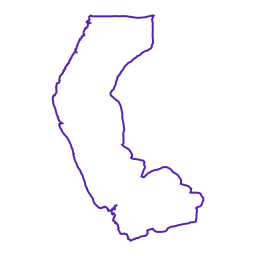 the district of West Tanna, Tafea, Vanuatu
{"feature_id": "77236927B19394632379581", "entity_name": "West Tanna", "entity_type": "district", "adm_level": 2, "iso_a3": "VUT", "parent_name": "Vanuatu", "parent_adm1": "Tafea", "projection": "orthographic", "projection_center": [169.261, -19.471], "detail": "fine", "context": "isolated", "style": "outline", "palette": "violet", "viewbox_px": 256, "rotation_deg": 0, "n_neighbors": 0, "source": "geoboundaries", "source_scale": "gbopen_adm2", "svg_char_len": 5684}
<svg xmlns="http://www.w3.org/2000/svg" viewBox="0 0 256 256"><path d="M151.9,46.4L151.9,44.9L153.0,43.0L153.0,41.0L152.5,34.0L152.8,32.3L152.7,31.0L152.8,29.4L152.6,27.0L152.8,22.9L152.4,21.5L152.1,19.8L152.1,19.2L152.6,18.1L152.7,17.0L153.7,15.8L152.5,15.4L144.9,17.3L139.1,17.8L136.7,17.8L125.2,16.1L117.8,16.3L115.4,16.1L111.3,16.3L92.6,16.3L90.7,15.6L90.2,16.2L89.4,16.4L89.2,16.8L89.1,17.7L89.4,19.7L89.4,20.2L88.8,20.6L87.7,20.9L87.2,21.2L86.8,21.7L86.7,22.4L87.1,22.6L87.6,22.5L88.0,22.9L89.2,22.6L89.8,22.6L90.2,23.0L89.8,23.2L89.0,23.3L88.6,23.4L88.1,24.1L87.8,24.8L87.7,26.1L87.3,27.2L87.0,27.5L86.4,27.5L86.2,28.2L85.9,28.4L85.7,28.5L85.4,28.2L85.2,28.3L85.2,28.9L84.5,29.8L84.3,30.6L83.8,31.7L83.5,33.6L83.6,34.0L84.2,34.6L84.4,35.1L84.1,35.5L83.0,35.6L82.2,36.2L81.7,36.6L81.9,37.4L81.1,38.4L80.0,38.8L79.9,39.0L79.9,39.3L80.1,39.7L80.0,40.1L79.5,40.4L78.9,41.2L78.5,42.7L78.0,43.5L77.8,44.2L77.4,44.6L77.5,45.4L76.7,46.4L76.6,48.4L76.4,48.8L76.0,49.2L75.2,49.4L75.2,49.6L75.6,49.9L75.7,51.2L76.2,51.6L76.5,52.3L76.1,52.3L75.7,52.1L74.4,52.2L74.3,52.7L74.2,53.1L73.0,54.3L72.8,55.0L72.2,55.5L71.5,57.4L70.6,58.6L70.6,59.3L70.2,59.5L70.1,60.1L69.7,60.3L69.5,61.1L69.1,61.5L68.8,63.2L67.9,63.6L67.8,64.3L67.5,64.6L67.0,64.8L66.9,65.3L66.4,65.7L66.3,66.2L65.8,66.6L65.5,67.3L65.1,67.6L65.3,68.9L64.0,69.8L64.0,70.5L63.5,70.7L63.7,71.4L63.1,72.0L63.0,72.8L62.2,73.4L62.0,74.0L61.9,74.3L60.2,75.9L59.4,78.6L59.3,80.3L59.7,80.7L59.2,81.6L59.3,82.1L59.2,82.5L58.5,82.8L58.1,83.1L57.1,83.3L56.9,83.4L56.5,85.8L56.0,86.6L56.1,87.1L56.4,87.1L56.5,87.4L56.3,88.8L56.3,89.5L56.6,90.5L56.4,91.1L56.5,91.9L56.4,92.8L55.6,93.6L55.1,94.6L54.9,95.4L54.5,95.6L53.6,95.5L53.4,95.7L53.0,96.6L53.0,97.3L52.7,98.3L52.8,100.1L53.3,101.5L53.3,103.5L53.5,104.1L55.7,110.0L55.8,111.5L56.3,112.6L56.6,114.1L57.4,115.9L58.0,116.6L57.8,116.7L57.7,117.2L58.0,118.3L58.6,119.2L59.1,120.8L59.9,121.4L61.1,122.6L62.1,123.3L60.4,123.6L59.3,124.0L59.1,124.3L59.2,124.7L59.7,124.9L59.4,125.6L59.4,125.9L59.8,127.0L60.1,127.2L60.5,128.4L60.9,128.7L61.3,129.9L61.9,130.5L62.5,132.2L62.9,132.8L63.4,133.2L65.3,135.6L67.5,137.9L67.9,139.2L68.9,140.6L70.7,144.5L71.2,146.1L71.6,147.8L71.9,148.3L72.4,148.7L72.5,149.9L72.8,150.7L73.3,153.2L73.4,153.5L73.8,153.8L73.4,154.2L73.4,154.7L74.6,159.3L75.3,161.2L76.7,164.1L77.7,167.1L79.6,169.5L80.7,171.8L81.0,173.1L81.9,174.1L82.4,175.1L83.9,179.9L84.8,181.7L85.1,184.2L85.5,185.5L86.4,187.2L86.7,188.1L87.0,188.4L87.0,189.2L88.9,192.8L90.1,194.3L91.1,196.3L92.0,197.1L92.6,198.2L93.9,202.5L94.8,203.7L95.7,204.5L96.3,205.4L99.1,207.7L99.8,208.0L101.5,208.0L101.6,207.8L102.4,207.7L102.9,207.2L103.2,207.1L103.5,207.4L103.8,207.4L104.2,207.2L104.8,206.7L105.3,206.8L105.6,207.2L106.3,207.3L107.1,208.2L107.4,208.6L108.1,209.2L107.8,209.6L107.8,209.8L107.9,210.3L108.5,210.9L109.0,210.7L109.8,210.8L110.2,210.5L111.2,210.4L112.6,208.4L113.1,208.4L113.9,209.0L114.5,209.0L114.6,208.8L114.6,208.5L114.4,207.4L114.8,206.1L115.1,205.8L115.5,205.6L116.5,205.3L117.2,205.4L115.6,205.9L115.1,206.3L115.0,206.6L115.0,207.1L114.8,207.9L115.0,209.2L114.8,209.4L114.4,209.4L113.7,209.2L113.4,209.0L112.9,209.1L112.3,209.8L112.0,210.4L111.6,212.4L112.5,214.1L112.3,214.2L112.4,214.4L113.0,214.1L112.8,214.0L112.5,213.5L112.5,213.3L112.8,213.4L113.5,213.3L114.0,213.4L114.2,213.9L114.4,214.6L115.0,215.1L114.7,215.8L114.8,216.4L114.4,216.8L114.3,217.2L113.9,217.4L113.6,218.1L113.6,218.5L113.8,218.9L113.3,219.4L113.1,220.3L113.4,220.9L115.2,221.8L115.2,222.8L115.8,222.7L116.4,223.0L116.5,223.2L116.3,223.6L117.0,223.9L117.7,224.7L118.0,225.3L118.0,226.4L118.6,227.4L118.6,227.7L118.6,228.2L118.1,228.8L118.2,229.4L118.6,230.2L119.1,230.8L120.4,233.5L120.7,233.7L121.8,234.0L124.1,233.5L125.3,234.1L126.3,234.0L126.7,234.4L128.0,236.9L128.1,237.8L127.8,238.4L128.0,238.9L128.3,239.2L129.6,239.3L130.1,240.0L130.3,240.6L132.7,239.9L133.7,239.2L135.5,238.7L136.3,238.0L138.3,238.1L139.5,237.2L141.0,236.5L145.5,235.8L146.7,234.8L147.7,233.5L147.2,230.5L151.1,229.1L152.9,228.8L153.2,229.7L155.9,231.6L157.3,231.9L161.7,231.9L163.5,231.6L165.3,231.3L166.0,230.8L166.8,230.2L167.8,228.2L169.0,227.9L170.6,226.9L176.0,226.0L177.3,225.4L186.2,223.6L188.9,223.3L190.0,222.4L194.2,222.2L195.9,221.3L196.1,219.4L196.5,217.6L196.5,214.3L196.8,212.2L197.0,209.1L196.1,208.1L197.2,207.2L200.4,206.2L201.8,204.4L202.4,202.1L203.3,200.1L203.2,197.7L201.6,196.2L201.0,194.2L199.6,193.2L197.0,192.7L190.5,192.7L191.2,188.7L188.3,186.2L187.0,185.6L183.8,184.9L180.7,183.8L181.0,182.7L181.0,179.7L178.4,176.1L177.8,175.0L175.6,173.6L172.7,171.9L171.4,169.9L169.8,168.6L166.4,167.0L162.5,167.3L160.4,168.6L157.1,169.7L154.3,170.2L150.8,171.7L147.5,173.6L145.6,175.7L143.8,177.2L142.1,176.7L141.5,176.4L143.9,169.4L144.2,169.0L144.5,168.6L144.8,168.1L144.9,166.8L144.2,165.2L144.1,162.9L144.5,162.3L143.5,160.8L142.2,160.4L141.4,160.3L140.1,159.9L137.3,159.3L133.1,158.8L131.5,158.3L130.9,157.8L131.2,157.2L132.2,156.3L132.0,154.5L131.8,153.9L131.5,153.6L130.9,152.2L129.9,150.9L129.7,150.4L129.2,149.8L126.2,147.7L123.8,146.5L122.1,144.7L123.1,144.0L123.5,143.1L123.5,137.3L123.3,136.1L123.3,132.8L124.3,129.6L123.3,122.7L122.3,117.9L122.3,113.6L120.7,105.9L118.5,101.6L115.9,99.7L111.1,95.6L110.6,94.7L110.6,92.7L111.8,91.0L112.3,90.1L113.8,89.2L114.0,88.0L115.4,84.9L115.8,83.5L116.1,81.7L116.9,80.2L117.1,78.9L117.8,76.5L118.3,76.3L119.1,74.9L119.8,74.6L120.0,74.0L120.4,73.1L120.9,72.5L121.3,71.4L122.6,70.3L123.6,68.5L123.8,67.9L124.7,66.5L127.6,63.7L128.4,62.7L131.0,61.8L131.9,60.8L132.5,59.9L134.5,58.4L136.1,57.5L136.8,56.4L139.0,55.5L140.1,54.9L141.1,53.9L141.9,53.0L142.8,52.4L145.4,51.0L147.3,50.7L148.5,49.8L150.9,48.3L151.9,46.4Z" fill="none" stroke="#5b21b6" stroke-width="2"/></svg>